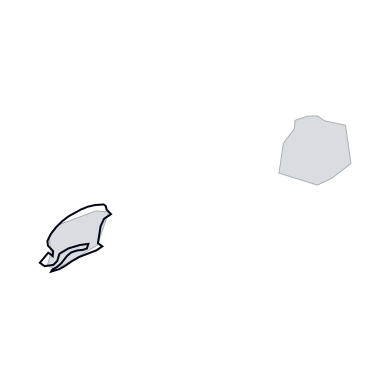 where Barbuda sits in Antigua and Barbuda, rotated 251°
{"feature_id": "ATG-5091", "entity_name": "Barbuda", "entity_type": "Dependency", "adm_level": 1, "iso_a3": "ATG", "parent_name": "Antigua and Barbuda", "parent_adm1": "", "projection": "equal_earth", "projection_center": [-61.817, 17.637], "detail": "fine", "context": "in_parent", "style": "outline", "palette": "ink", "viewbox_px": 384, "rotation_deg": 251, "n_neighbors": 0, "source": "natural_earth", "source_scale": "10m", "svg_char_len": 984}
<svg xmlns="http://www.w3.org/2000/svg" viewBox="0 0 384 384"><g transform="rotate(251 192 192)"><path d="M216.0,340.7L205.1,358.9L167.1,351.5L159.5,328.7L157.8,312.7L181.5,280.4L208.3,294.3L218.7,309.6L226.2,312.6L226.1,325.7L223.2,335.2L216.0,340.7ZM205.4,94.8L200.3,106.8L172.5,85.1L164.1,44.4L164.9,35.8L169.6,31.3L180.7,39.2L195.3,42.1L204.5,55.4L205.4,94.8Z" fill="#d9dde1" stroke="#a8b0b8" stroke-width="1"/><path d="M174.2,86.4L169.8,89.5L168.0,82.9L167.3,64.3L165.7,55.9L163.7,48.9L162.3,41.8L162.6,32.9L163.9,34.4L164.4,35.9L164.9,39.4L167.0,44.9L172.4,53.3L174.2,58.1L174.1,64.5L172.8,69.9L172.8,74.2L176.7,77.1L178.4,68.6L178.9,56.9L176.8,46.6L170.7,42.2L168.2,37.2L169.9,28.5L174.6,25.1L181.4,36.3L179.1,38.0L176.7,39.4L181.2,41.4L188.3,38.3L192.8,39.4L198.2,44.7L203.0,52.0L206.7,59.9L209.2,67.4L211.6,81.1L212.0,88.7L211.3,95.8L209.0,104.4L206.7,105.9L203.2,105.5L197.4,108.2L195.3,100.1L189.2,94.3L174.2,86.4Z" fill="none" stroke="#020617" stroke-width="2"/></g></svg>